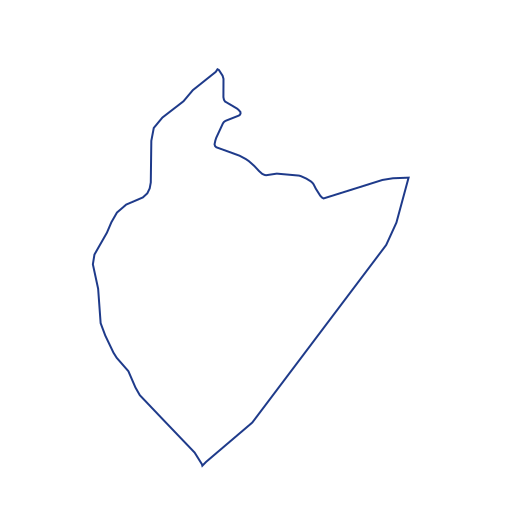 the border of Tozeur, rotated 346°
{"feature_id": "TUN-101", "entity_name": "Tozeur", "entity_type": "Governorate", "adm_level": 1, "iso_a3": "TUN", "parent_name": "Tunisia", "parent_adm1": "", "projection": "mercator", "projection_center": [7.997, 33.974], "detail": "fine", "context": "isolated", "style": "outline", "palette": "blue", "viewbox_px": 512, "rotation_deg": 346, "n_neighbors": 0, "source": "natural_earth", "source_scale": "10m", "svg_char_len": 1096}
<svg xmlns="http://www.w3.org/2000/svg" viewBox="0 0 512 512"><g transform="rotate(346 256 256)"><path d="M153.2,446.5L153.2,445.1L148.9,431.9L127.4,394.3L109.6,363.0L107.2,354.4L104.3,336.9L96.2,321.1L94.3,315.3L90.5,296.7L89.0,283.6L94.9,249.6L95.7,224.6L99.6,215.5L105.7,209.1L117.0,197.3L123.9,188.2L131.6,180.2L142.5,174.7L160.4,171.8L165.7,168.9L169.2,164.7L171.7,159.2L182.3,118.9L187.8,107.0L198.7,99.0L223.1,88.3L234.8,79.8L261.5,67.6L263.8,65.5L265.0,66.6L267.2,73.0L267.3,76.3L262.8,94.0L262.7,96.6L263.3,98.6L273.2,108.3L274.3,109.8L275.7,112.4L275.5,113.9L274.7,115.0L273.3,115.6L259.8,117.4L258.5,117.7L257.3,118.2L256.0,119.3L246.0,131.7L244.5,134.1L242.8,137.6L242.9,139.5L243.8,140.9L264.3,154.7L269.6,159.5L272.0,162.2L276.1,168.2L279.5,174.3L281.8,177.7L283.1,178.8L284.4,179.7L285.6,180.1L296.1,181.1L317.2,188.4L318.9,189.4L323.6,193.1L327.3,196.9L328.5,198.7L329.2,200.3L330.3,205.1L332.9,213.0L334.2,215.3L335.5,216.5L397.1,212.8L407.7,213.7L423.0,216.9L400.3,257.6L385.0,276.8L212.1,416.7L157.9,443.6L153.2,446.5Z" fill="none" stroke="#1e3a8a" stroke-width="2"/></g></svg>